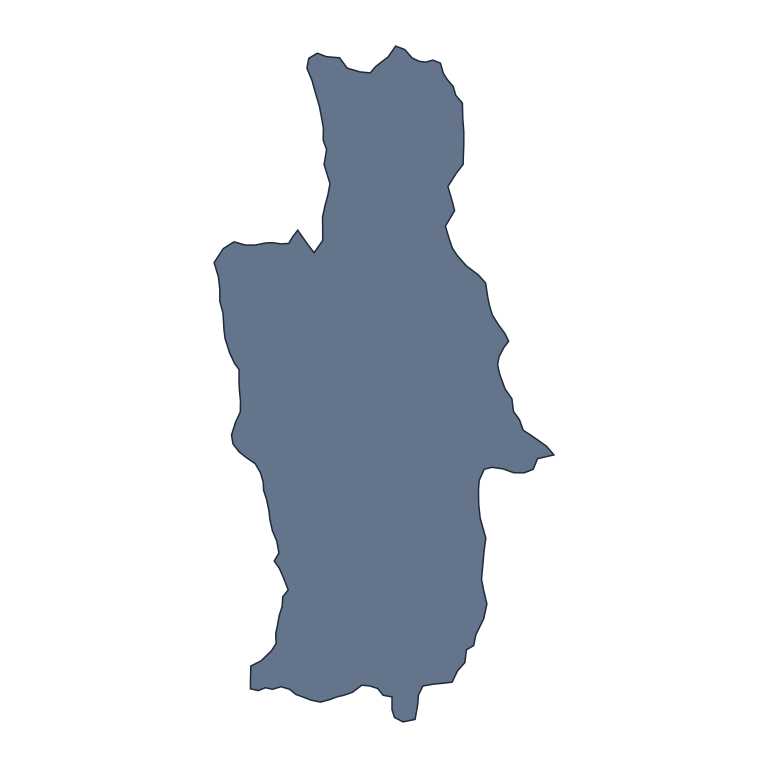 outline of Bernardino de Campos, São Paulo, Brazil
{"feature_id": "56859067B18982964690410", "entity_name": "Bernardino de Campos", "entity_type": "district", "adm_level": 2, "iso_a3": "BRA", "parent_name": "Brazil", "parent_adm1": "São Paulo", "projection": "natural_earth1", "projection_center": [-49.494, -23.025], "detail": "fine", "context": "isolated", "style": "filled", "palette": "slate", "viewbox_px": 768, "rotation_deg": 0, "n_neighbors": 0, "source": "geoboundaries", "source_scale": "gbopen_adm2", "svg_char_len": 2255}
<svg xmlns="http://www.w3.org/2000/svg" viewBox="0 0 768 768"><path d="M447.2,79.5L443.3,73.2L440.4,63.1L432.9,60.1L425.8,62.1L419.3,61.3L412.2,58.0L404.9,49.6L395.6,46.1L388.1,57.0L381.7,61.8L375.4,66.8L370.2,72.9L360.0,71.9L347.2,68.1L339.6,57.8L326.5,56.7L317.3,53.2L308.8,58.3L306.9,68.1L312.0,80.5L315.5,93.1L319.3,106.0L321.1,115.2L323.4,128.0L323.2,140.2L326.6,149.6L324.1,164.5L330.0,183.6L327.9,195.0L325.0,205.7L322.5,217.1L322.7,227.7L322.7,240.5L314.1,252.7L308.0,244.8L297.7,230.2L293.1,236.2L288.7,243.4L280.9,243.9L272.1,242.6L265.4,243.0L255.0,245.1L245.5,245.1L234.0,241.8L223.3,248.6L214.1,262.6L218.4,276.7L219.8,288.9L219.8,301.2L223.0,313.1L224.0,330.1L225.1,338.6L229.7,353.1L234.7,363.7L239.1,369.5L239.0,381.6L239.4,390.0L240.5,401.0L240.3,412.0L235.5,422.3L231.5,435.0L233.0,444.0L239.1,451.9L246.2,457.5L255.3,463.8L260.5,472.8L263.2,482.0L263.6,490.3L266.7,499.9L268.9,510.6L269.9,519.4L272.4,530.8L276.8,541.1L278.9,553.0L274.2,561.1L279.3,568.2L283.9,578.8L288.2,589.9L282.8,596.7L282.1,606.6L279.2,615.5L277.5,625.3L275.7,633.7L276.1,643.5L271.4,650.8L261.0,660.9L250.8,666.0L250.5,678.2L250.4,688.8L258.3,690.6L265.5,687.7L272.5,689.3L281.0,686.7L289.6,689.3L295.9,694.5L302.7,696.9L311.2,700.2L320.5,702.1L329.8,699.6L336.8,696.9L343.6,695.3L352.5,692.3L361.8,685.2L369.5,685.9L377.7,688.5L383.1,695.3L392.0,696.9L392.0,709.7L394.5,717.5L403.1,721.9L415.1,719.4L416.5,711.5L417.9,703.4L418.3,695.3L422.9,686.0L433.1,684.2L441.4,683.4L452.1,682.2L457.4,671.1L464.9,662.5L466.4,649.8L473.7,645.5L475.8,634.9L483.7,618.8L486.9,604.0L483.7,590.4L481.5,579.3L483.3,559.8L484.1,550.8L485.8,538.1L480.1,517.8L478.7,504.2L478.5,489.3L479.2,480.4L484.2,469.3L491.9,467.3L503.0,468.9L513.9,472.8L524.2,472.8L533.2,469.3L537.5,458.7L553.9,454.9L546.4,446.1L531.1,435.4L523.2,430.2L519.4,419.6L513.5,411.5L511.9,398.8L505.1,389.0L499.7,374.3L497.6,364.9L499.0,356.9L503.7,347.8L508.7,341.2L504.8,333.4L498.4,324.7L492.3,314.9L489.4,305.2L487.8,297.4L485.6,283.0L478.3,274.9L466.4,265.9L457.4,255.7L452.4,248.2L449.2,238.8L445.4,226.1L454.6,210.7L452.4,201.8L447.9,186.5L456.7,172.6L463.1,164.5L463.8,144.0L463.8,131.8L462.8,118.5L462.4,103.0L455.8,95.4L453.1,86.3L447.2,79.5Z" fill="#64748b" stroke="#1e293b" stroke-width="1.5"/></svg>